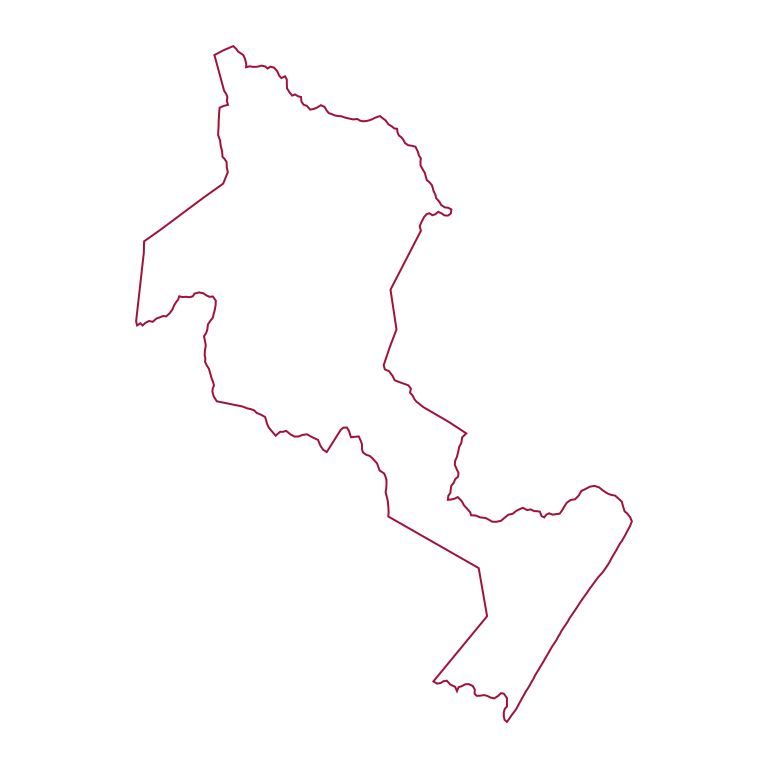 the district of Entre Rios, Bahia, Brazil
{"feature_id": "56859067B60526671351349", "entity_name": "Entre Rios", "entity_type": "district", "adm_level": 2, "iso_a3": "BRA", "parent_name": "Brazil", "parent_adm1": "Bahia", "projection": "robinson", "projection_center": [-38.013, -12.095], "detail": "fine", "context": "isolated", "style": "outline", "palette": "rose", "viewbox_px": 768, "rotation_deg": 0, "n_neighbors": 0, "source": "geoboundaries", "source_scale": "gbopen_adm2", "svg_char_len": 5169}
<svg xmlns="http://www.w3.org/2000/svg" viewBox="0 0 768 768"><path d="M137.1,325.4L140.4,323.3L142.6,325.5L145.2,323.0L148.9,321.0L152.7,321.8L156.5,318.5L160.4,317.1L163.2,316.0L166.2,316.4L169.6,313.3L172.4,309.6L174.1,305.3L176.2,302.1L178.2,299.4L179.2,296.3L182.7,297.1L185.6,296.8L189.7,297.2L192.8,296.3L194.5,293.6L199.1,292.4L203.4,293.3L206.4,295.4L209.5,296.8L212.9,296.5L215.8,300.7L215.6,305.3L214.6,310.7L213.7,313.8L212.8,317.7L210.5,320.6L208.0,324.3L207.2,330.1L206.1,333.1L204.0,336.2L204.8,340.1L205.8,345.4L204.9,350.7L204.7,355.2L205.4,358.6L205.0,361.7L206.5,364.9L208.9,368.8L210.4,373.9L211.6,378.3L213.0,381.9L214.0,385.3L212.8,388.4L212.4,391.5L213.7,396.4L216.8,401.3L242.5,406.5L247.3,408.4L250.8,409.1L254.2,410.4L256.6,412.9L260.8,414.6L265.1,417.0L266.2,420.5L266.9,423.5L268.8,427.6L275.6,435.7L280.1,431.8L283.1,431.8L286.2,430.9L290.9,434.7L294.7,436.6L298.4,436.5L302.7,434.9L307.1,434.3L310.1,436.1L313.5,437.8L318.0,439.9L320.5,445.9L323.2,449.8L326.7,452.1L340.7,429.9L343.3,427.7L346.9,427.5L349.0,430.9L350.0,434.3L351.0,437.3L354.3,436.9L358.7,436.4L360.6,440.4L362.0,444.3L361.9,449.0L363.0,452.5L365.9,454.6L369.6,455.9L372.3,458.1L374.7,460.8L377.1,463.5L378.2,466.6L379.6,470.5L384.1,473.4L385.6,476.9L386.5,480.2L386.5,483.6L386.3,487.9L385.6,492.1L386.9,497.2L387.8,501.0L388.4,507.6L388.6,512.7L388.3,516.5L478.7,568.1L487.1,616.2L433.4,681.4L437.0,683.6L440.5,683.1L443.6,681.2L446.8,680.7L450.3,684.6L455.1,686.8L457.0,691.1L458.6,687.2L461.9,686.1L465.3,684.3L468.7,684.1L472.7,685.9L474.8,689.5L474.6,693.8L476.7,695.8L480.1,695.7L484.1,695.1L487.1,695.8L490.4,697.5L494.3,698.4L498.0,696.0L501.1,693.1L504.0,693.8L507.0,698.2L506.9,702.7L507.0,706.5L504.7,708.9L503.8,712.6L503.8,716.2L504.5,719.7L506.9,721.9L509.3,718.7L511.1,715.8L513.4,712.9L516.5,708.6L519.4,703.1L522.2,698.0L524.4,694.1L526.0,691.2L527.7,688.7L529.4,685.9L531.3,682.4L533.4,678.9L535.2,675.1L536.9,672.4L539.0,669.0L541.4,664.9L543.5,661.5L545.6,657.8L548.3,653.2L550.4,649.5L552.2,646.4L554.3,643.3L556.4,640.1L558.0,637.0L559.7,634.3L561.3,631.2L563.7,627.6L567.3,622.3L569.9,617.7L572.5,614.0L575.7,609.3L579.0,604.2L582.0,599.7L585.0,595.5L587.6,591.9L589.9,588.4L592.9,584.4L595.9,580.3L598.4,577.0L600.8,574.4L602.9,572.0L605.6,568.2L608.0,564.6L609.9,561.5L611.2,558.8L612.7,556.2L614.6,553.0L616.5,549.9L617.9,547.2L620.0,543.5L621.8,541.1L623.5,538.1L625.1,535.4L626.8,532.0L628.7,528.5L630.1,525.8L631.9,521.3L630.0,517.0L627.3,513.6L624.5,511.2L623.6,508.0L622.7,505.1L621.8,501.6L618.9,499.0L615.1,495.6L611.2,494.9L607.8,493.6L605.0,491.9L602.6,490.2L599.0,487.3L594.4,485.9L589.9,486.7L585.3,489.1L581.3,491.0L578.8,495.5L575.2,499.2L570.6,500.0L566.8,502.7L563.9,507.2L561.6,511.2L559.6,513.7L556.1,514.1L552.5,514.7L549.1,513.3L546.3,514.7L544.2,517.4L541.5,516.0L539.9,511.7L537.2,511.2L534.1,511.1L530.8,509.4L527.1,510.1L522.8,507.8L519.2,509.4L516.0,511.0L512.7,513.8L508.3,514.7L504.3,518.0L501.0,520.8L496.3,521.8L492.2,521.7L489.2,519.9L485.6,518.0L480.2,517.4L475.7,515.5L471.2,515.3L470.2,512.3L467.4,509.0L464.1,505.5L461.7,501.1L457.8,497.1L454.5,498.7L451.1,499.5L447.9,499.8L448.3,495.8L450.4,492.8L450.7,489.6L451.3,485.8L453.7,482.8L455.2,479.2L458.1,476.6L458.5,473.0L456.5,468.8L454.8,464.7L455.1,460.9L456.9,457.0L458.1,452.3L459.2,446.8L461.4,442.8L462.1,437.4L466.3,433.4L448.9,422.0L423.5,407.2L421.2,405.5L418.7,403.3L416.3,401.6L414.3,399.0L412.5,395.4L410.0,392.6L410.9,388.6L408.4,385.3L399.9,382.3L394.6,380.2L392.6,375.9L389.0,371.2L384.8,369.3L383.7,365.1L389.9,346.8L396.5,329.4L390.5,289.7L392.7,285.4L420.9,230.8L419.7,226.2L421.5,222.0L424.1,217.0L426.7,214.1L429.4,213.3L432.4,215.2L435.3,214.3L438.1,211.9L441.4,213.3L444.5,215.4L448.0,215.6L450.8,213.5L451.4,209.5L448.3,207.8L444.9,207.4L441.3,205.1L439.3,201.7L436.2,198.2L435.3,194.5L433.6,191.2L432.0,185.3L429.1,181.9L426.9,180.3L425.8,176.6L424.9,173.0L422.9,169.7L420.5,165.4L420.5,161.7L420.8,158.3L419.0,155.6L417.8,151.5L415.4,146.7L411.5,145.7L408.1,145.2L405.1,143.1L403.3,139.8L401.5,137.4L398.9,135.5L397.5,132.3L397.1,128.8L394.2,128.4L391.9,126.4L388.4,124.3L385.6,120.4L382.9,118.4L380.0,116.1L375.1,117.7L371.9,119.4L369.0,120.4L366.4,121.0L363.1,121.3L359.9,120.6L357.4,119.0L353.1,119.4L347.9,118.3L344.8,117.5L341.5,116.3L338.6,116.1L335.0,115.5L331.4,114.0L328.7,113.1L326.6,110.4L324.5,106.8L320.9,105.2L316.9,107.7L313.8,108.9L310.1,109.6L306.8,105.8L303.7,104.8L301.4,101.6L301.1,97.0L298.1,96.3L295.0,94.4L292.2,95.6L289.6,92.4L287.0,88.3L286.8,82.9L286.8,79.5L285.0,76.3L281.4,78.1L279.3,75.8L277.1,71.0L274.0,67.6L270.3,66.7L267.6,68.5L265.1,66.4L261.6,65.6L257.6,66.7L253.1,66.9L249.7,66.3L246.1,67.2L246.3,64.1L245.1,59.1L243.4,55.2L240.6,53.2L238.1,51.6L236.2,48.9L233.3,46.1L223.2,50.4L218.0,53.2L214.4,55.0L224.1,90.7L226.3,94.2L227.4,97.0L226.8,100.9L228.0,104.8L223.5,106.0L219.6,107.7L219.2,112.3L219.0,116.5L218.7,120.4L218.6,125.5L218.3,131.0L218.1,135.0L220.1,140.5L220.7,145.9L222.1,151.1L222.5,156.8L224.6,158.9L226.6,162.2L226.8,167.5L227.8,172.2L223.2,183.6L204.0,197.3L160.3,229.9L144.1,241.3L143.8,252.9L143.0,260.0L136.1,321.4L137.1,325.4Z" fill="none" stroke="#9f1239" stroke-width="2"/></svg>